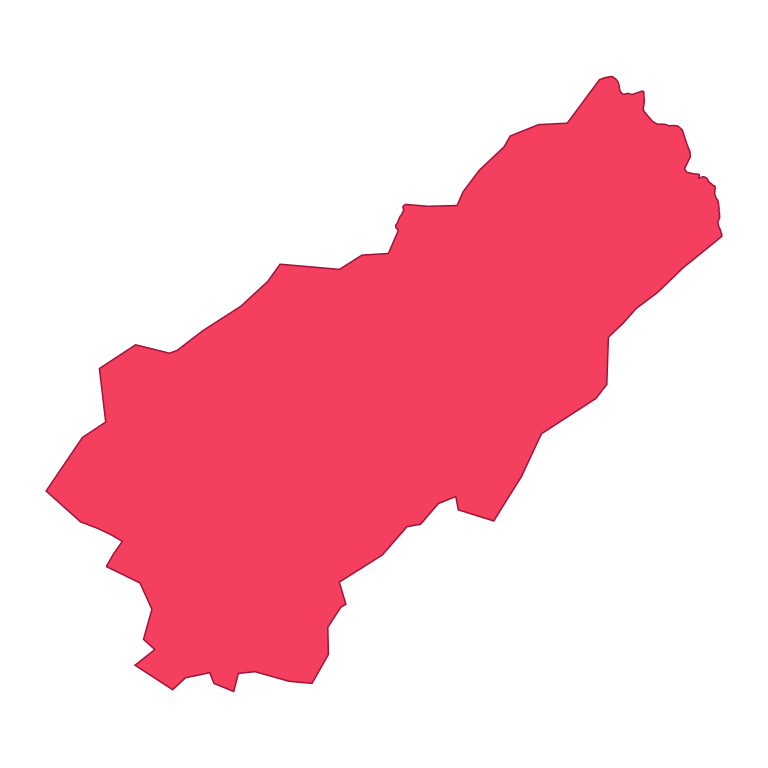 outline of Erdenebulgan, Hövsgöl, Mongolia
{"feature_id": "93677404B61429445787704", "entity_name": "Erdenebulgan", "entity_type": "district", "adm_level": 2, "iso_a3": "MNG", "parent_name": "Mongolia", "parent_adm1": "Hövsgöl", "projection": "albers", "projection_center": [102.044, 50.219], "detail": "fine", "context": "isolated", "style": "filled", "palette": "rose", "viewbox_px": 768, "rotation_deg": 0, "n_neighbors": 0, "source": "geoboundaries", "source_scale": "gbopen_adm2", "svg_char_len": 2469}
<svg xmlns="http://www.w3.org/2000/svg" viewBox="0 0 768 768"><path d="M135.6,344.8L99.4,368.5L105.7,422.0L82.4,437.5L46.1,491.0L80.6,521.9L97.7,528.4L111.5,535.0L122.3,541.4L113.9,553.3L106.3,566.5L106.2,566.5L140.0,583.0L151.9,609.2L151.9,609.3L143.5,639.3L154.8,649.6L135.0,665.2L172.6,689.7L185.4,677.9L185.5,677.8L209.7,672.7L214.1,683.5L233.7,691.5L238.4,673.4L255.0,671.7L289.1,681.3L312.0,683.4L328.4,654.5L327.8,627.3L340.9,607.1L345.9,604.3L339.3,582.1L382.3,555.0L407.0,526.7L420.6,524.2L438.3,503.6L455.8,496.5L458.3,509.9L493.8,521.0L507.1,499.4L507.3,499.1L521.3,476.8L541.5,433.7L596.0,398.4L606.7,384.5L606.8,384.5L608.4,337.2L623.2,323.1L636.2,308.5L657.5,292.5L683.2,267.7L721.9,236.3L721.8,234.4L721.0,232.8L720.7,230.7L719.1,227.3L718.2,224.4L718.1,223.9L717.9,222.4L718.0,221.5L719.4,218.3L719.7,217.6L719.4,212.3L718.7,211.5L718.6,210.8L719.2,209.9L718.7,205.0L717.8,200.3L716.4,198.5L716.3,198.4L714.6,193.8L714.6,192.6L714.9,191.6L714.8,190.8L714.8,190.3L715.3,188.1L715.2,186.9L714.4,185.7L713.7,185.8L708.7,181.6L707.3,178.8L706.1,177.8L704.8,177.1L703.1,176.7L701.5,177.2L698.6,178.1L699.3,175.7L699.2,174.6L698.7,174.2L694.8,173.9L693.3,173.7L686.8,172.2L684.7,169.2L684.6,168.8L686.3,165.1L690.4,156.6L689.9,153.0L690.2,152.3L687.0,144.4L683.8,134.5L682.3,129.9L679.5,127.4L677.4,125.9L673.4,125.5L669.8,125.7L668.9,125.8L666.0,124.6L665.2,124.4L664.8,124.3L657.3,124.1L652.4,121.3L644.6,112.0L644.5,111.9L643.5,110.1L643.1,107.9L643.8,105.6L644.3,101.1L644.2,99.6L643.8,94.9L643.9,92.2L642.7,91.0L641.6,91.3L632.4,94.4L631.6,94.5L627.9,93.3L623.5,94.4L622.0,93.4L620.2,91.3L619.6,89.3L619.0,84.9L618.5,83.4L618.0,81.9L616.3,79.5L612.5,76.7L610.7,76.5L605.9,77.5L603.7,78.0L601.5,79.0L599.6,79.5L567.2,123.2L538.6,124.6L510.2,136.0L504.2,146.7L479.3,170.2L463.1,191.7L457.1,205.5L428.2,206.3L405.4,204.4L404.8,204.8L403.9,205.6L403.3,206.0L403.0,206.7L402.9,207.2L403.1,207.7L403.3,208.7L403.7,209.7L403.7,210.7L403.4,211.2L403.2,211.6L402.7,211.9L402.4,212.3L402.4,212.7L402.1,213.7L401.6,214.8L401.0,215.3L400.4,215.9L399.8,217.0L399.1,218.6L398.6,219.9L398.2,220.7L397.8,222.0L397.3,223.1L396.6,224.1L396.3,224.4L395.9,224.8L395.6,225.4L395.6,226.2L396.0,227.8L396.4,228.4L397.0,228.8L397.9,229.8L398.0,230.5L398.1,231.1L397.5,232.4L395.8,236.3L388.4,253.5L361.9,255.1L339.4,269.4L280.1,264.2L267.8,281.3L267.7,281.4L240.9,306.2L202.6,330.8L177.1,350.4L169.5,353.2L135.6,344.8Z" fill="#f43f5e" stroke="#9f1239" stroke-width="1.5"/></svg>